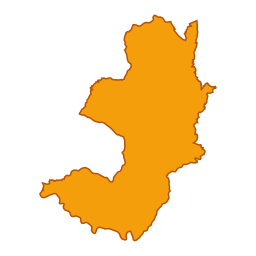 outline of La Belleza, Santander, Colombia, rotated 270°
{"feature_id": "7082276B28404230547509", "entity_name": "La Belleza", "entity_type": "district", "adm_level": 2, "iso_a3": "COL", "parent_name": "Colombia", "parent_adm1": "Santander", "projection": "mercator", "projection_center": [-74.033, 5.926], "detail": "fine", "context": "isolated", "style": "filled", "palette": "amber", "viewbox_px": 256, "rotation_deg": 270, "n_neighbors": 0, "source": "geoboundaries", "source_scale": "gbopen_adm2", "svg_char_len": 5827}
<svg xmlns="http://www.w3.org/2000/svg" viewBox="0 0 256 256"><g transform="rotate(270 128 128)"><path d="M101.7,204.2L102.5,204.1L103.4,204.8L105.0,205.0L106.1,204.1L106.8,202.4L108.1,203.2L108.7,201.2L110.3,201.2L111.1,200.8L111.4,200.1L110.9,199.5L110.9,199.1L113.2,193.5L113.9,194.7L115.3,196.4L116.4,197.0L119.0,197.5L120.4,197.5L121.6,197.0L121.8,196.7L121.5,195.1L126.0,195.7L127.9,195.1L130.6,193.6L131.3,193.9L132.0,194.9L133.7,196.4L133.4,197.6L134.8,197.0L134.5,197.3L135.5,196.9L136.5,197.2L136.9,196.6L138.7,199.0L139.8,198.3L141.8,198.0L143.3,198.8L143.8,199.6L143.6,200.3L144.3,201.7L145.3,202.9L146.3,203.5L147.2,205.0L148.9,205.0L149.1,203.8L149.9,204.2L151.4,204.2L151.6,205.2L152.5,204.9L152.7,206.0L154.4,207.0L155.7,206.5L156.8,207.1L158.5,207.3L159.8,207.8L160.9,207.4L161.7,206.7L162.0,206.8L163.0,207.6L162.8,209.9L163.8,212.9L165.6,212.5L166.6,212.8L167.3,213.8L168.0,215.9L168.3,216.0L169.5,215.3L169.0,213.9L169.3,212.8L169.1,212.2L170.0,210.1L170.6,209.2L171.2,208.8L171.2,208.3L172.3,208.1L173.0,207.3L172.2,205.5L170.0,204.4L170.1,203.3L167.7,202.7L166.5,201.4L170.5,201.1L171.4,201.3L172.1,200.5L172.9,201.1L174.9,199.6L174.7,198.7L176.0,198.0L176.9,196.9L178.5,197.5L179.6,195.8L180.2,195.5L182.7,195.7L183.2,195.4L183.0,194.6L183.8,194.1L185.0,195.8L187.2,195.6L188.9,194.2L189.4,194.2L189.1,191.7L189.9,192.0L190.0,193.0L191.3,193.2L191.9,193.9L192.1,193.1L192.9,192.4L193.5,192.4L193.8,193.4L194.3,193.6L196.0,192.5L196.3,192.7L196.2,193.6L197.1,194.4L200.7,194.5L203.6,193.8L204.2,194.0L205.0,194.8L209.8,196.4L213.1,197.1L213.6,196.4L213.1,195.5L213.6,195.5L214.4,196.1L216.0,195.9L217.5,196.7L223.9,197.7L226.2,197.2L229.5,197.3L235.3,196.9L232.3,189.6L231.4,189.7L229.9,191.4L229.7,191.1L229.8,189.1L228.9,187.6L227.2,187.4L226.0,186.3L224.3,186.2L224.2,185.5L223.1,185.8L222.8,185.6L222.7,184.5L222.3,184.4L221.5,185.0L217.6,186.4L216.7,185.7L215.5,185.5L216.7,182.7L220.0,178.7L225.3,174.3L225.9,174.0L226.5,174.7L226.6,174.2L227.2,174.0L227.3,174.5L227.7,174.7L230.7,172.3L234.3,170.7L234.4,169.9L233.8,168.3L234.0,165.6L234.5,164.9L237.6,163.0L238.0,162.4L238.9,160.6L239.0,157.7L240.2,156.1L240.6,154.8L240.5,154.2L240.0,153.6L238.6,153.0L236.5,153.5L235.9,153.2L233.9,150.8L233.2,148.8L233.5,146.1L232.8,143.9L230.3,140.8L230.0,139.7L229.9,138.4L231.0,136.2L231.4,133.6L231.1,133.0L227.5,131.7L225.5,130.4L225.1,129.5L224.2,129.0L224.3,127.6L223.8,126.5L222.6,125.6L221.9,125.9L220.9,125.2L218.5,124.5L215.9,124.2L213.7,125.2L211.6,125.0L208.9,126.7L205.9,124.6L204.7,125.5L204.1,125.5L201.2,126.8L198.5,127.3L197.4,127.2L194.5,128.1L192.9,129.6L192.6,130.5L191.0,131.2L188.0,130.7L187.3,129.8L186.2,129.5L185.9,128.5L185.1,127.6L181.4,126.2L179.0,124.7L176.8,124.2L175.9,121.8L176.4,121.8L176.5,121.4L176.0,119.5L176.2,118.3L175.9,117.3L176.3,115.9L176.1,114.6L176.5,112.5L178.0,110.8L178.0,109.1L177.2,105.9L178.0,103.9L177.7,101.7L176.8,101.8L176.8,101.4L175.8,100.8L175.9,98.9L174.5,98.7L175.1,97.8L173.9,97.9L174.2,96.1L173.1,95.6L172.2,94.5L170.7,93.2L169.2,92.5L169.1,91.9L169.9,92.4L170.2,92.3L170.2,91.9L168.6,91.0L168.1,90.3L167.7,90.5L166.6,92.5L165.8,91.9L165.8,91.4L166.2,90.9L165.0,90.6L161.6,90.9L161.4,90.5L159.5,89.1L158.9,89.1L157.9,88.6L156.0,87.1L153.7,86.9L153.3,85.9L153.0,85.7L150.9,85.2L149.6,85.5L147.7,83.4L146.5,81.7L144.4,80.7L142.4,79.4L141.9,79.5L141.0,81.9L140.9,84.2L138.5,88.0L138.5,89.2L137.9,90.6L135.6,93.3L134.7,95.0L133.5,99.4L133.7,102.0L133.3,103.7L127.7,111.0L122.4,115.9L121.1,117.6L121.3,118.6L120.3,120.2L119.9,121.8L118.8,123.5L116.2,124.6L110.0,124.9L106.9,124.6L105.0,123.8L103.6,122.2L102.8,122.3L101.2,123.6L97.5,124.1L94.9,125.0L93.0,125.2L91.8,124.8L91.1,124.1L90.7,123.0L89.7,122.1L86.7,121.5L84.7,120.1L84.1,118.1L83.1,117.0L78.6,113.7L75.0,113.1L74.2,112.3L74.1,111.1L74.6,109.7L77.8,107.6L78.5,106.7L78.2,105.9L78.7,104.1L82.1,98.0L82.5,96.3L82.5,93.7L82.9,92.7L83.4,91.9L86.0,89.7L87.3,88.1L88.2,85.9L88.3,84.0L87.5,81.4L85.3,78.7L85.9,75.5L85.7,73.8L85.1,72.3L83.8,71.1L82.5,71.0L80.7,70.0L80.2,68.4L80.7,66.9L80.6,66.6L79.9,65.6L78.9,65.0L78.9,64.6L77.1,64.3L76.8,62.3L75.7,61.8L76.0,59.9L75.5,57.8L76.0,56.8L75.8,56.1L75.0,55.6L75.4,54.8L74.9,53.8L75.9,53.1L76.2,52.0L75.6,50.6L76.0,49.8L75.3,49.7L74.6,49.1L72.6,49.6L72.3,49.2L71.9,47.9L71.9,46.4L73.0,42.6L70.5,43.6L68.7,43.4L66.8,42.7L66.5,43.2L66.0,43.4L65.6,43.2L65.3,42.0L63.6,41.1L62.6,40.1L61.6,40.0L59.8,41.0L58.9,41.8L58.4,42.9L58.4,44.0L58.5,44.9L61.0,49.8L62.3,54.0L62.4,55.1L62.2,56.0L58.6,59.0L56.8,60.0L53.0,59.4L52.5,59.6L52.2,60.2L52.6,63.0L51.8,64.2L49.3,63.3L47.8,63.6L46.7,64.4L46.1,64.9L44.5,68.9L43.7,69.7L41.3,70.5L39.8,71.5L39.5,72.3L39.5,73.8L40.1,76.0L39.3,78.3L38.1,80.4L33.8,81.1L32.9,81.7L32.7,83.5L33.6,86.0L33.1,87.7L32.4,88.6L30.8,90.5L29.1,91.8L25.5,91.6L23.7,92.6L22.6,94.0L23.0,95.4L27.4,97.0L28.9,99.1L27.6,103.8L27.0,105.0L27.4,109.1L24.5,116.9L23.8,118.0L21.7,119.8L20.6,119.9L17.3,121.7L16.1,124.8L16.1,125.5L16.8,126.4L17.9,126.6L19.0,126.2L20.1,126.2L21.7,126.3L22.9,126.9L23.8,127.6L24.9,130.4L24.3,130.9L21.6,131.6L21.2,132.0L19.7,132.6L16.3,133.4L15.6,134.1L15.4,135.0L15.7,136.1L18.1,139.1L22.6,142.9L24.6,143.7L25.4,146.6L25.8,147.2L29.0,148.3L30.9,151.1L32.5,151.5L34.3,152.4L36.6,154.3L40.2,155.6L41.3,156.5L45.2,157.0L48.5,159.8L49.6,161.2L51.7,162.1L52.3,163.0L52.8,165.0L53.3,165.7L54.8,167.3L56.7,168.2L57.2,168.8L58.6,168.9L61.7,168.4L63.8,168.8L65.0,170.1L65.4,170.1L66.5,169.3L69.1,169.5L71.8,169.0L74.2,169.2L77.6,168.5L79.2,166.7L80.3,166.6L81.2,167.9L82.2,168.1L84.7,172.0L84.2,175.1L84.4,175.6L87.2,177.4L88.3,178.9L88.6,181.0L89.4,182.2L91.5,183.3L91.6,186.3L92.4,188.8L93.5,190.4L93.1,194.2L93.2,195.6L93.6,197.1L94.9,197.3L96.6,195.4L97.5,195.0L97.8,195.3L97.9,196.0L96.7,198.9L96.6,200.4L97.7,200.9L99.5,200.3L100.2,201.6L101.3,202.9L101.7,204.2Z" fill="#f59e0b" stroke="#b45309" stroke-width="1.5"/></g></svg>